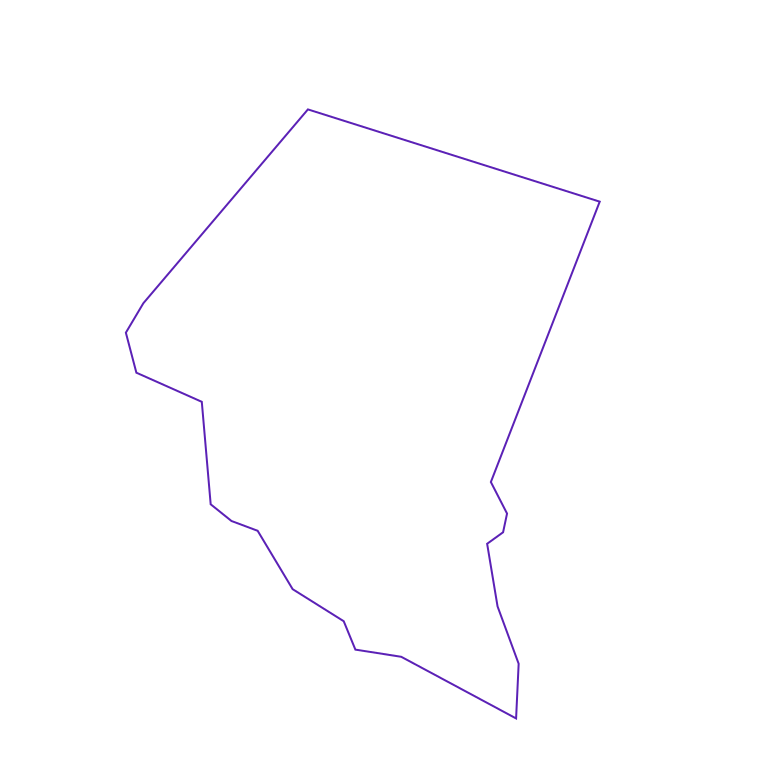 map outline of Muntinlupa (Natural Earth projection), rotated 294°
{"feature_id": "PHL-5557", "entity_name": "Muntinlupa", "entity_type": "Highly Urbanized City", "adm_level": 1, "iso_a3": "PHL", "parent_name": "Philippines", "parent_adm1": "", "projection": "natural_earth1", "projection_center": [121.049, 14.415], "detail": "fine", "context": "isolated", "style": "outline", "palette": "violet", "viewbox_px": 768, "rotation_deg": 294, "n_neighbors": 0, "source": "natural_earth", "source_scale": "10m", "svg_char_len": 418}
<svg xmlns="http://www.w3.org/2000/svg" viewBox="0 0 768 768"><g transform="rotate(294 384 384)"><path d="M132.2,640.7L141.8,510.7L129.7,465.9L150.9,443.7L159.4,384.0L198.5,328.3L196.8,300.4L203.6,274.6L293.6,224.8L293.6,153.2L325.9,127.3L359.9,131.3L603.9,202.8L638.3,506.9L337.9,521.5L315.7,549.1L297.0,553.1L280.0,543.2L227.0,578.2L183.2,620.8L132.2,640.7Z" fill="none" stroke="#5b21b6" stroke-width="2"/></g></svg>